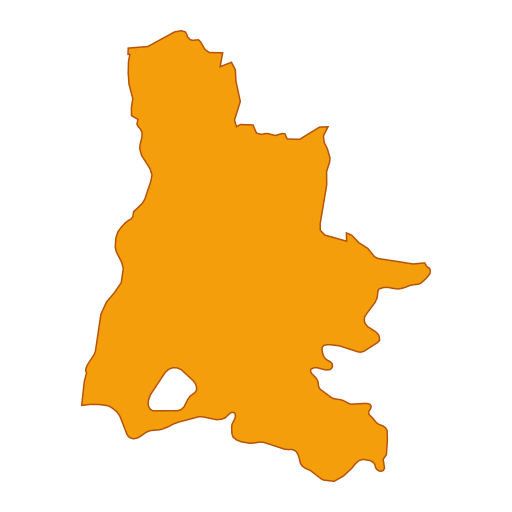 SVG path tracing the border of Drôme
{"feature_id": "FRA-5288", "entity_name": "Drôme", "entity_type": "Metropolitan department", "adm_level": 1, "iso_a3": "FRA", "parent_name": "France", "parent_adm1": "", "projection": "robinson", "projection_center": [5.26, 44.733], "detail": "fine", "context": "isolated", "style": "filled", "palette": "amber", "viewbox_px": 512, "rotation_deg": 0, "n_neighbors": 0, "source": "natural_earth", "source_scale": "10m", "svg_char_len": 3566}
<svg xmlns="http://www.w3.org/2000/svg" viewBox="0 0 512 512"><path d="M181.1,30.7L185.3,31.9L186.7,34.2L187.6,36.9L190.1,39.7L192.9,40.3L198.5,39.8L200.6,41.9L204.9,49.4L209.2,52.5L222.7,52.8L220.1,66.7L231.4,62.3L235.3,69.5L236.0,81.4L240.3,101.6L234.5,120.0L236.5,126.7L240.4,124.5L253.0,125.0L256.5,133.1L261.4,134.4L266.9,133.4L275.5,135.5L281.7,133.6L284.8,133.7L285.4,134.6L286.5,137.8L287.8,139.0L299.7,139.3L319.5,127.1L328.0,126.8L323.4,135.9L324.2,142.4L327.4,148.9L330.0,158.0L329.6,162.1L326.6,171.5L326.7,185.0L320.2,223.6L320.3,230.3L324.9,235.1L346.6,241.2L346.4,232.9L351.8,235.3L359.0,242.8L367.9,248.5L374.5,256.7L378.0,258.5L413.2,264.0L424.7,262.9L426.5,266.3L429.7,268.5L430.3,270.9L430.0,273.5L428.3,275.9L426.1,278.5L421.4,282.7L419.2,284.0L410.5,285.2L405.4,287.3L401.7,288.4L398.3,289.0L393.0,288.4L389.4,287.6L386.6,287.4L383.4,287.5L379.0,289.0L377.8,291.4L377.7,294.1L377.1,297.9L375.1,302.3L366.3,314.2L364.7,316.9L364.4,318.6L364.3,320.7L364.9,322.8L365.8,324.4L367.9,326.8L375.4,331.6L377.7,333.7L379.2,336.3L379.6,340.4L377.2,342.8L363.9,351.3L360.6,352.2L358.1,351.9L339.7,345.9L330.5,344.7L327.5,344.7L324.0,345.3L322.5,346.9L322.0,349.1L322.3,351.6L322.9,354.3L323.9,356.7L325.6,358.9L327.7,360.4L329.9,361.5L331.6,362.9L332.3,364.2L332.4,366.9L331.6,368.2L330.0,369.6L327.7,369.9L325.0,369.8L317.0,367.7L314.2,367.7L310.9,369.2L310.5,371.2L311.5,373.4L315.7,377.6L317.3,380.0L318.1,382.2L318.5,385.7L319.0,387.5L320.2,389.3L331.3,397.5L332.7,398.2L334.7,398.8L340.4,399.7L343.4,400.6L348.8,403.5L351.4,404.2L365.1,403.4L367.8,403.6L370.1,404.4L371.2,406.3L370.6,408.6L368.7,411.7L368.9,414.1L370.5,416.0L372.6,418.0L376.2,422.4L378.3,424.1L383.1,426.0L385.3,427.6L387.1,430.4L387.4,440.0L386.4,454.6L385.6,455.8L383.2,459.3L384.5,468.4L383.3,470.4L381.2,471.3L378.9,470.9L376.8,469.4L375.4,467.3L375.0,465.0L373.5,462.6L370.2,460.6L363.2,459.4L359.3,460.4L355.5,463.6L351.8,468.3L343.3,476.1L334.2,481.3L323.8,480.1L321.2,478.9L310.3,470.4L305.3,468.3L302.2,466.0L300.6,463.7L299.8,460.9L299.2,458.1L298.2,455.1L296.3,451.6L294.0,450.1L291.2,449.4L288.5,449.6L284.3,449.1L263.6,442.3L259.3,442.1L255.0,442.9L249.9,443.3L240.9,441.7L236.4,439.8L233.2,437.3L232.2,434.8L231.8,432.2L231.7,426.8L232.0,424.2L234.6,419.1L235.5,416.4L235.0,413.4L233.3,412.3L231.1,412.6L229.1,414.1L225.0,418.0L221.4,419.3L216.6,419.7L203.1,416.9L199.1,416.7L178.9,422.0L173.2,424.1L167.4,427.2L162.0,429.2L159.4,429.8L151.2,430.5L148.5,431.2L145.7,432.6L140.3,436.4L137.4,438.0L133.5,438.8L130.7,438.1L128.3,436.4L126.9,434.2L120.2,416.9L118.6,414.1L116.4,411.3L112.0,407.9L109.7,406.5L107.4,405.6L99.2,404.5L90.2,404.4L81.7,405.4L84.3,381.4L86.6,372.7L85.6,370.6L86.2,367.8L87.6,364.6L94.4,354.1L95.5,350.7L100.9,314.2L106.5,302.0L114.4,292.7L121.2,282.7L123.3,268.7L121.8,262.6L116.4,252.0L115.2,247.1L115.9,238.0L117.8,232.0L121.0,227.5L125.4,222.7L128.5,220.4L131.1,218.9L132.9,216.6L133.6,211.5L135.1,210.3L141.7,204.0L142.9,202.5L144.9,198.9L150.8,181.4L152.0,175.0L150.0,168.6L141.6,155.5L139.7,148.5L140.2,144.2L142.0,136.7L142.0,132.4L140.5,129.1L138.3,126.8L136.9,124.1L138.0,119.4L131.5,115.7L131.4,107.8L132.8,98.7L129.0,84.2L128.2,72.8L128.5,61.3L129.9,54.4L128.0,54.4L128.2,48.1L147.9,46.5L174.4,32.0L181.1,30.7ZM152.9,410.8L177.8,410.7L181.1,409.6L184.0,406.9L187.8,399.4L190.1,396.2L194.9,392.6L196.5,390.2L196.5,386.6L195.2,383.4L193.2,380.7L181.4,369.8L177.3,367.9L172.8,367.7L168.7,369.3L165.3,372.3L150.5,394.6L148.5,400.0L148.1,403.5L148.7,406.7L150.3,409.3L152.9,410.8Z" fill="#f59e0b" stroke="#b45309" stroke-width="1.5"/></svg>